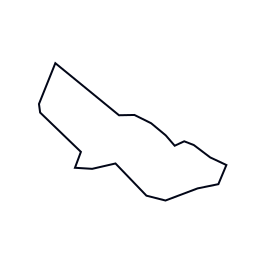 outline of Carnikavas, rotated 64°
{"feature_id": "LVA-5758", "entity_name": "Carnikavas", "entity_type": "Municipality", "adm_level": 1, "iso_a3": "LVA", "parent_name": "Latvia", "parent_adm1": "", "projection": "natural_earth1", "projection_center": [24.253, 57.126], "detail": "fine", "context": "isolated", "style": "outline", "palette": "ink", "viewbox_px": 256, "rotation_deg": 64, "n_neighbors": 0, "source": "natural_earth", "source_scale": "10m", "svg_char_len": 405}
<svg xmlns="http://www.w3.org/2000/svg" viewBox="0 0 256 256"><g transform="rotate(64 128 128)"><path d="M37.9,164.9L112.6,130.5L119.1,116.5L133.9,105.1L151.2,97.3L164.4,93.8L164.6,83.3L172.2,76.3L190.5,67.0L204.4,55.8L218.1,71.4L212.8,91.9L209.6,126.1L196.9,141.1L154.4,154.8L149.0,178.1L140.5,193.1L128.8,180.8L75.6,200.2L67.4,197.5L37.9,164.9Z" fill="none" stroke="#020617" stroke-width="2"/></g></svg>